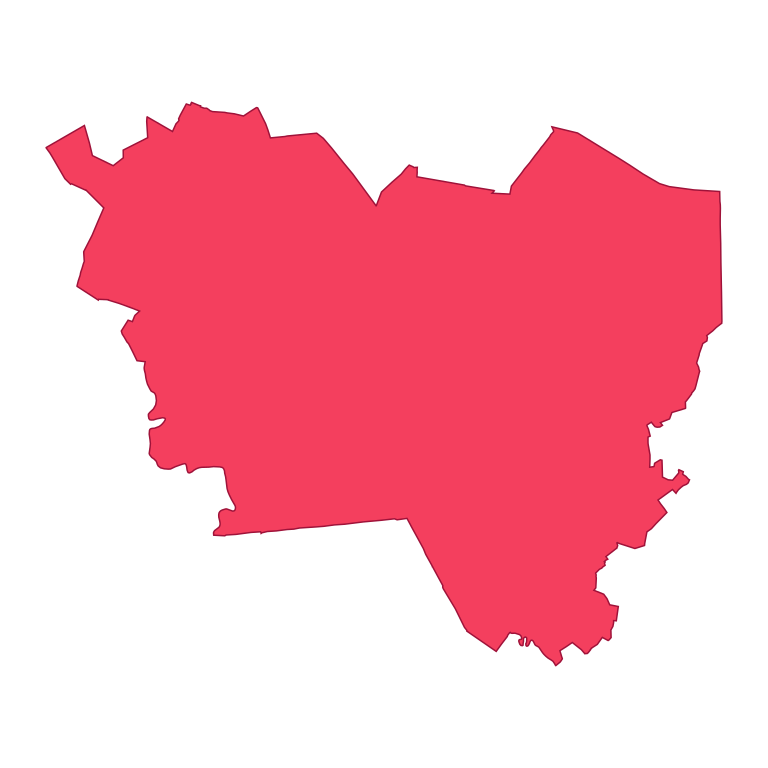 Rikavas pag., Rezeknes, Latvia
{"feature_id": "27541924B46765973494104", "entity_name": "Rikavas pag.", "entity_type": "district", "adm_level": 2, "iso_a3": "LVA", "parent_name": "Latvia", "parent_adm1": "Rezeknes", "projection": "albers", "projection_center": [27.008, 56.629], "detail": "fine", "context": "isolated", "style": "filled", "palette": "rose", "viewbox_px": 768, "rotation_deg": 0, "n_neighbors": 0, "source": "geoboundaries", "source_scale": "gbopen_adm2", "svg_char_len": 6042}
<svg xmlns="http://www.w3.org/2000/svg" viewBox="0 0 768 768"><path d="M46.1,147.8L49.9,153.0L52.2,156.8L64.9,178.7L70.6,184.3L71.3,183.8L71.6,183.8L85.9,190.3L86.0,190.1L103.8,207.9L98.0,221.3L92.1,235.3L83.9,251.3L83.7,251.9L84.2,260.5L84.4,261.0L83.4,263.7L82.0,268.5L80.8,272.0L80.5,273.2L80.2,275.1L78.3,280.8L77.0,286.0L77.1,286.4L98.3,300.1L98.6,299.3L108.1,299.7L108.1,300.0L119.1,303.4L132.5,308.3L139.6,311.1L135.3,315.0L134.6,316.0L132.4,321.6L128.1,320.2L121.3,331.0L122.2,334.0L124.3,337.3L127.0,342.0L128.6,343.7L132.7,351.8L137.0,360.7L145.2,361.7L144.2,367.4L144.2,368.7L144.5,370.6L145.3,373.6L145.9,378.0L146.6,381.1L147.5,384.2L149.8,388.8L151.2,391.1L154.2,392.8L154.9,393.6L155.8,395.7L156.4,400.6L155.7,404.9L153.4,409.0L149.7,412.5L148.4,414.2L148.4,416.0L148.9,418.6L149.9,419.8L151.4,420.0L153.5,419.9L157.1,418.8L162.7,417.7L164.8,418.2L165.3,418.8L165.2,419.9L163.9,422.0L162.2,424.0L160.7,425.4L159.1,426.5L154.6,428.2L152.0,428.4L150.7,428.8L149.9,429.4L149.5,430.4L149.2,434.1L150.0,439.6L150.4,443.5L150.1,447.1L149.2,453.4L149.6,454.7L151.7,457.4L154.0,459.0L156.1,461.1L156.6,462.1L157.4,464.5L158.2,466.0L160.5,467.8L164.2,468.8L168.2,469.1L170.5,469.0L175.3,466.7L182.6,464.1L184.4,463.7L185.2,463.7L185.8,464.2L186.3,465.3L186.7,467.1L187.1,470.1L187.9,472.2L188.3,472.7L189.7,472.9L192.2,471.7L193.9,470.2L196.7,468.6L199.2,467.7L201.6,467.3L208.9,467.1L213.7,466.6L219.9,466.9L222.4,467.5L223.5,468.5L224.0,469.5L224.5,470.9L224.7,473.1L225.6,476.7L226.1,480.3L227.1,488.6L228.0,491.8L229.3,494.9L231.5,499.4L235.0,505.5L235.4,506.7L235.5,507.9L235.3,509.1L235.1,509.7L234.6,510.5L233.9,510.9L232.7,511.1L227.2,509.1L226.1,508.9L225.1,509.1L222.2,510.0L220.7,510.8L219.7,511.8L219.0,513.0L218.7,514.9L218.8,517.2L219.8,521.3L220.1,523.2L220.1,524.5L219.8,525.8L219.3,526.8L218.8,527.4L215.8,529.7L214.7,530.5L214.0,531.5L213.5,532.8L213.7,535.2L224.8,535.8L226.2,535.0L235.9,534.4L251.2,532.4L260.6,531.8L260.9,532.5L261.1,533.4L261.9,532.8L267.3,531.5L276.4,530.9L287.2,529.5L293.9,529.1L299.5,528.0L316.3,526.9L323.9,526.3L334.5,524.9L344.7,524.2L363.3,521.9L381.1,520.3L394.5,518.8L397.1,519.8L407.0,518.4L410.6,525.1L411.2,526.3L423.4,548.6L425.7,554.3L432.5,566.5L432.4,566.7L432.6,566.8L442.8,585.6L442.7,587.1L443.2,588.6L455.3,608.7L464.5,627.4L466.8,630.3L466.8,631.1L496.2,651.4L501.4,644.2L507.3,636.5L507.5,635.7L508.0,634.8L509.7,632.6L510.3,632.4L510.6,632.9L511.1,633.1L512.0,633.3L514.7,633.2L515.4,633.3L519.5,634.6L520.7,635.6L521.3,636.7L521.7,638.0L521.5,638.9L521.2,639.3L519.6,639.6L519.2,639.8L518.8,640.7L518.9,641.7L519.8,644.2L520.9,645.4L522.3,645.7L523.0,645.3L523.2,642.9L523.5,641.5L523.5,639.2L523.5,638.6L523.7,638.2L524.3,637.5L525.0,637.1L525.6,637.1L526.2,637.4L526.7,638.1L526.7,640.3L526.5,642.3L525.8,643.8L526.0,645.5L526.4,646.0L526.9,646.2L527.3,646.1L527.8,645.9L528.4,645.3L529.4,643.5L530.0,641.7L530.9,640.4L531.3,640.2L532.2,640.3L532.8,640.7L533.4,641.5L534.8,644.4L535.5,645.3L538.6,647.0L539.0,647.4L542.5,652.6L543.9,654.3L545.8,656.2L548.1,658.1L551.5,660.2L553.0,661.3L554.6,663.7L555.4,665.2L555.8,665.6L560.1,662.1L560.8,661.2L562.3,658.9L562.3,658.4L561.8,657.1L559.9,650.7L566.5,646.5L572.3,642.5L581.4,649.7L584.9,653.8L585.8,653.5L587.0,653.6L588.2,652.7L590.4,649.9L590.3,649.6L591.5,648.4L591.4,648.2L597.3,644.4L602.3,637.4L608.1,640.5L609.1,639.9L611.1,637.6L610.9,630.0L612.9,626.4L613.6,622.8L613.6,620.6L616.3,620.8L618.3,606.5L609.7,604.8L607.0,598.7L603.7,594.2L593.9,590.3L595.8,587.9L596.3,578.1L596.0,576.2L596.2,575.0L595.6,573.1L599.4,569.3L601.8,568.1L602.6,567.1L605.1,565.3L604.5,563.3L605.1,562.1L604.3,561.7L605.5,560.4L607.8,559.2L605.9,556.6L616.4,548.4L616.7,548.4L617.7,545.6L616.9,542.9L617.2,542.6L619.3,543.5L634.9,548.5L644.5,545.5L644.7,544.9L644.5,544.6L646.9,531.9L651.4,528.7L656.2,523.4L666.9,512.5L664.2,508.5L660.6,503.9L658.0,500.0L672.5,489.5L676.0,493.3L676.7,492.1L678.3,489.9L681.2,487.2L683.3,485.6L686.5,484.3L688.2,482.9L689.5,479.8L688.5,479.3L685.9,476.4L682.8,474.4L682.7,474.2L683.3,471.7L678.9,469.7L678.5,470.3L678.8,471.9L678.7,473.0L672.6,480.2L668.1,479.8L662.5,477.1L662.0,460.2L660.3,459.8L655.0,463.0L654.6,463.4L654.1,466.3L653.9,466.6L649.7,467.2L650.0,458.8L650.0,455.0L648.1,444.0L648.0,442.3L648.0,437.4L648.1,437.0L650.2,436.1L648.5,429.4L647.1,426.1L646.9,425.2L647.4,424.7L651.3,422.2L654.3,425.9L655.1,426.7L657.2,427.2L659.9,427.0L662.5,425.3L660.4,422.6L669.4,419.0L669.6,418.8L671.9,412.5L685.4,408.4L685.6,408.1L685.4,401.9L686.6,400.6L691.5,394.1L691.8,392.9L693.5,391.0L695.0,388.9L696.0,385.4L699.5,371.6L699.7,371.3L698.8,368.8L698.9,368.7L698.6,367.1L696.6,363.0L699.1,355.1L699.3,353.5L702.3,345.1L702.7,343.6L706.9,340.9L707.4,337.4L706.7,335.6L712.7,330.9L716.2,327.5L720.8,323.9L721.7,323.4L721.9,321.3L721.5,292.5L720.9,262.5L720.7,243.1L720.2,224.6L720.2,218.2L720.4,208.6L720.3,204.8L719.9,201.3L719.7,191.5L693.9,189.9L669.2,186.6L659.5,183.6L643.2,174.1L629.6,165.1L619.0,158.4L577.6,133.0L551.9,126.8L552.4,128.1L553.2,129.7L553.6,131.1L553.6,131.7L550.8,134.7L549.7,136.8L543.1,145.3L541.2,147.5L539.4,150.1L535.1,155.5L529.5,163.0L524.5,168.9L521.6,173.0L511.4,186.1L509.9,194.1L492.0,193.2L494.3,190.8L493.9,190.5L465.7,185.9L465.3,185.8L464.5,185.1L416.9,176.8L417.2,172.5L417.1,170.1L417.3,167.3L413.8,167.5L413.1,166.8L409.2,165.1L405.5,168.9L401.3,174.1L391.9,182.3L381.5,192.0L376.3,205.7L376.1,205.8L352.7,173.9L344.3,163.8L331.6,148.0L323.3,138.3L316.7,133.2L287.2,136.0L285.0,136.5L270.4,137.9L267.9,130.0L265.6,123.7L257.8,108.0L257.3,107.7L256.4,107.6L251.0,111.0L243.5,116.0L234.3,113.8L227.1,112.9L224.9,112.4L212.5,111.6L209.8,110.6L209.2,109.9L206.7,108.2L204.2,108.2L200.5,106.9L200.6,105.8L199.4,105.6L191.6,102.4L190.9,103.5L191.0,104.1L190.4,105.1L189.1,104.9L186.3,104.0L180.3,115.1L178.6,118.8L179.0,120.4L178.2,121.5L176.0,123.8L172.5,131.5L147.2,116.9L147.0,117.2L146.7,121.4L147.7,137.7L123.2,150.1L123.3,157.8L113.2,165.7L92.4,155.6L89.4,143.0L84.4,125.5L46.4,147.4L46.1,147.8Z" fill="#f43f5e" stroke="#9f1239" stroke-width="1.5"/></svg>